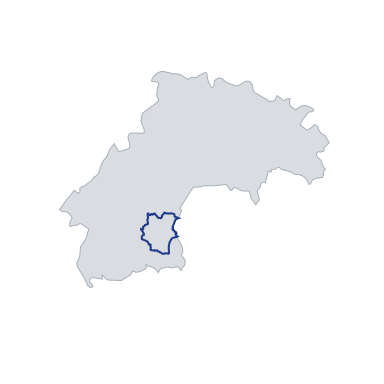 location of Kindia, Kindia, Guinea, rotated 303°
{"feature_id": "49546643B82751767083924", "entity_name": "Kindia", "entity_type": "district", "adm_level": 2, "iso_a3": "GIN", "parent_name": "Guinea", "parent_adm1": "Kindia", "projection": "orthographic", "projection_center": [-12.699, 10.108], "detail": "fine", "context": "in_parent", "style": "outline", "palette": "blue", "viewbox_px": 384, "rotation_deg": 303, "n_neighbors": 0, "source": "geoboundaries", "source_scale": "gbopen_adm2", "svg_char_len": 6893}
<svg xmlns="http://www.w3.org/2000/svg" viewBox="0 0 384 384"><g transform="rotate(303 192 192)"><path d="M231.7,246.5L228.9,246.2L227.6,246.7L223.9,251.2L221.6,252.9L218.1,252.4L216.9,252.7L215.9,252.2L217.2,249.8L219.0,244.9L223.6,240.1L223.7,239.0L221.8,236.2L219.8,232.3L219.7,228.2L219.3,225.2L215.2,224.4L214.5,223.9L214.4,222.9L216.7,217.7L216.8,216.6L216.5,215.7L214.0,213.1L210.1,208.2L203.3,198.2L200.8,196.1L198.4,193.0L197.5,191.1L195.0,190.4L171.6,190.6L171.1,193.2L163.1,195.0L158.1,193.0L152.6,194.1L149.9,195.5L147.8,201.4L146.6,202.6L145.4,205.2L144.3,206.7L143.1,209.6L140.5,213.7L137.7,216.4L133.0,217.8L131.6,222.2L130.5,223.8L128.7,225.0L126.7,225.9L122.9,225.0L120.7,225.8L120.4,224.7L121.6,221.3L120.6,219.5L116.9,215.9L116.6,214.2L115.5,211.9L110.6,207.3L106.1,207.6L107.4,203.8L107.3,198.6L105.8,195.8L106.2,193.0L105.3,193.2L103.8,195.1L101.4,194.5L96.5,191.4L94.0,188.5L93.7,185.9L93.2,185.0L91.6,185.5L88.6,185.4L79.2,180.9L72.5,169.6L72.4,167.1L73.4,162.7L73.2,161.5L70.1,164.4L69.5,162.5L67.2,157.9L66.5,155.3L64.3,154.2L62.5,154.0L61.1,154.8L59.2,160.1L57.8,160.0L56.4,158.9L56.8,155.0L60.4,150.1L66.5,137.7L68.7,134.8L70.1,133.8L72.9,133.7L78.5,132.1L85.4,128.3L90.6,128.6L96.8,128.2L104.8,125.5L104.9,117.2L104.7,115.3L101.8,113.6L100.2,112.2L98.8,110.3L97.0,109.0L97.1,107.6L100.7,105.9L103.9,105.9L105.0,105.2L105.8,104.0L106.8,101.0L107.1,97.8L105.0,93.6L105.1,90.5L116.9,91.0L123.3,91.9L128.6,92.1L129.5,92.8L128.7,95.7L129.4,97.5L131.2,97.9L134.2,95.9L135.7,96.3L139.0,98.9L142.1,99.6L145.5,101.0L148.6,101.7L151.4,101.6L153.5,103.0L157.5,103.5L162.5,101.7L166.5,100.9L172.1,100.7L175.1,101.2L183.6,99.8L190.3,100.6L189.3,101.6L186.2,108.2L186.6,109.4L193.5,115.0L195.1,115.5L196.9,114.7L199.9,112.1L202.2,109.2L204.4,107.8L207.0,107.9L209.1,109.9L214.0,118.2L215.2,119.3L216.4,119.3L218.5,117.7L219.6,115.8L224.0,110.3L231.0,107.5L247.6,113.7L250.0,114.1L251.5,113.7L253.5,109.9L259.7,106.6L262.6,105.7L264.3,105.6L265.0,104.6L265.3,103.0L264.9,101.5L263.0,98.6L262.9,97.8L264.0,97.2L266.4,96.8L269.4,97.1L272.9,98.2L275.7,100.0L277.4,102.1L280.6,110.9L284.2,117.8L284.2,127.1L285.7,128.0L287.4,128.4L288.2,129.1L290.0,132.9L291.6,134.0L293.5,134.2L297.1,136.7L299.4,137.6L299.8,138.3L299.7,139.3L298.8,140.6L295.4,143.3L293.7,145.5L290.3,150.8L290.2,151.8L290.9,152.5L292.4,152.6L293.9,152.2L297.2,150.2L299.7,150.9L302.2,152.3L303.1,153.8L303.4,155.8L302.9,158.4L302.8,161.3L303.7,166.2L305.1,171.1L306.4,172.9L314.6,177.1L315.4,178.7L315.9,180.5L315.3,183.0L314.5,184.4L310.1,188.4L309.4,190.2L309.8,193.6L310.3,208.0L312.1,210.4L314.2,211.6L319.2,210.8L319.1,214.8L318.5,219.3L321.4,220.7L322.9,222.0L323.7,223.3L319.2,225.7L317.9,227.1L317.3,230.9L317.5,234.3L323.6,236.7L326.1,239.6L327.1,242.6L327.6,248.2L327.0,249.5L325.5,249.6L322.3,246.2L317.5,245.9L314.0,245.3L308.1,245.8L307.1,246.8L306.5,254.4L307.9,255.6L310.8,257.0L312.6,257.6L314.2,257.4L315.4,258.3L315.6,260.8L314.8,262.6L313.3,264.3L311.4,268.7L311.9,272.7L308.6,279.1L307.7,280.3L303.2,279.1L300.3,278.8L298.3,280.4L295.4,278.0L294.8,276.0L293.8,275.6L291.8,275.6L290.1,276.8L289.3,278.8L288.9,282.9L285.7,286.8L283.5,291.6L280.9,291.2L280.3,291.8L277.5,293.1L275.1,293.5L274.4,292.2L273.0,291.1L271.4,289.1L269.7,287.5L266.3,286.4L264.9,286.9L263.3,286.8L262.2,286.1L262.4,285.1L264.1,282.6L265.1,280.3L265.7,277.8L265.7,275.4L264.7,272.0L263.1,269.3L262.7,267.8L262.9,265.5L262.5,263.5L262.0,262.4L261.3,258.5L260.4,257.8L259.8,254.7L260.0,251.5L258.6,250.3L256.6,249.4L255.3,248.2L254.6,246.8L253.8,246.4L253.2,246.5L252.6,247.3L251.9,247.5L250.7,244.5L250.2,244.4L249.4,245.1L239.8,248.5L238.6,245.7L236.7,245.2L233.6,246.4L231.7,246.5Z" fill="#d9dde1" stroke="#a8b0b8" stroke-width="1"/><path d="M127.3,205.8L127.5,205.9L128.1,206.0L128.7,205.7L130.5,204.3L132.4,203.0L134.4,201.8L134.9,201.6L136.6,201.1L137.3,200.7L138.1,200.6L139.0,200.6L140.7,200.3L141.0,200.3L142.5,200.7L143.3,201.0L143.9,201.6L144.8,202.6L145.3,202.7L145.5,203.0L145.9,203.8L146.5,204.0L146.8,204.1L146.7,203.7L146.6,203.2L146.7,202.9L146.9,202.9L147.0,203.1L147.2,202.7L147.4,202.4L147.4,202.1L147.4,201.8L147.5,201.4L147.8,201.4L148.2,201.2L148.5,200.9L148.9,201.2L149.0,201.3L149.2,201.1L148.9,200.2L149.0,200.0L149.1,199.9L149.6,199.9L149.6,199.7L149.2,199.5L149.2,199.4L149.5,199.2L149.5,198.7L149.9,198.2L149.9,197.5L150.0,197.4L150.3,196.8L150.2,196.7L149.9,196.6L150.0,196.3L150.0,196.2L150.6,195.7L151.5,195.8L151.7,195.7L152.0,195.3L152.2,194.9L152.4,194.8L153.8,194.5L154.0,194.5L154.6,194.3L154.8,194.2L155.3,194.2L157.7,193.7L158.6,193.5L159.9,193.1L160.1,193.2L160.4,193.4L160.5,193.5L160.8,193.8L161.8,194.2L162.5,194.7L162.7,194.8L162.8,194.9L162.5,192.8L162.1,192.1L161.9,191.3L162.3,190.3L163.2,190.0L163.6,189.4L163.7,188.9L163.4,187.5L163.2,187.0L162.9,186.6L162.5,185.6L162.2,185.3L161.4,184.7L161.1,183.8L161.1,183.5L160.8,183.1L160.6,183.0L160.3,182.7L159.9,181.9L160.0,181.5L159.8,181.0L159.9,180.7L159.8,180.2L159.6,180.1L159.4,180.0L158.8,180.0L158.3,180.1L157.8,180.1L156.1,179.6L155.7,179.7L155.0,180.4L154.6,180.5L154.1,180.3L153.5,180.3L153.0,180.2L152.9,180.1L152.9,179.7L152.7,179.1L152.4,178.4L152.1,178.3L152.0,176.9L152.0,176.7L152.6,176.0L153.2,173.4L153.7,172.8L153.6,172.4L153.5,172.2L153.2,172.0L152.9,172.0L152.6,171.7L152.0,171.7L151.7,171.5L151.9,170.7L151.5,170.0L151.1,169.8L150.5,169.9L150.2,169.9L150.0,169.7L149.9,169.5L149.7,169.3L149.6,168.9L149.6,167.8L150.2,167.3L150.0,167.0L150.0,166.8L149.8,166.6L149.3,166.8L149.0,167.1L148.7,167.2L148.3,167.5L147.7,167.9L147.2,168.6L146.9,168.7L146.0,169.4L145.6,169.6L145.3,169.5L144.9,169.5L144.7,169.6L144.4,169.7L143.1,170.9L142.6,171.2L142.5,171.5L142.0,172.0L141.6,172.3L140.9,172.4L140.6,172.1L140.6,171.9L140.4,171.8L140.2,171.8L139.9,171.5L139.6,171.1L139.0,171.1L138.8,170.7L138.3,170.4L137.9,170.4L137.3,170.6L136.9,170.5L136.5,170.2L136.2,170.0L135.9,169.9L135.3,170.6L134.6,171.1L134.4,171.2L133.5,171.0L133.4,170.5L133.3,169.8L133.2,169.5L132.6,170.0L132.4,170.7L132.5,171.1L132.4,171.5L131.7,172.6L131.3,173.2L131.2,173.8L130.8,174.1L130.6,174.5L129.8,175.1L129.7,175.1L129.6,174.9L129.0,174.4L128.3,174.1L127.8,174.0L127.0,174.3L126.4,174.7L125.9,175.3L125.2,175.5L125.2,175.8L125.4,177.0L125.5,177.4L125.7,178.6L126.0,179.2L126.0,179.9L126.1,180.5L126.2,181.1L126.0,181.6L126.0,182.3L125.5,183.1L125.1,183.6L124.8,183.8L124.5,184.4L124.5,184.8L124.8,185.3L125.2,185.4L125.2,186.0L123.3,187.1L123.1,187.6L122.7,187.6L122.3,187.9L122.1,188.3L121.8,188.5L121.1,188.6L120.8,188.9L121.2,189.8L121.6,190.8L122.0,191.7L122.3,192.1L122.8,192.3L122.7,192.8L122.8,192.8L123.3,193.8L123.8,194.1L124.0,194.8L123.9,195.5L123.6,196.0L124.1,196.9L124.1,197.4L123.9,197.7L123.9,197.9L124.2,198.6L124.3,199.0L124.0,199.8L124.2,200.9L124.5,201.3L124.8,202.1L125.2,202.3L125.4,202.3L126.7,203.9L126.9,204.4L127.0,204.9L127.2,205.1L127.3,205.7L127.3,205.8Z" fill="none" stroke="#1e3a8a" stroke-width="2"/></g></svg>